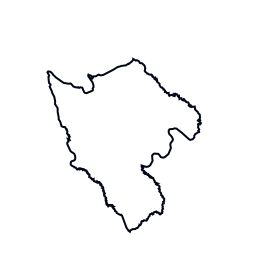 outline of Lumphat, Rôtânôkiri, Cambodia, rotated 328°
{"feature_id": "14789045B80217512950075", "entity_name": "Lumphat", "entity_type": "district", "adm_level": 2, "iso_a3": "KHM", "parent_name": "Cambodia", "parent_adm1": "Rôtânôkiri", "projection": "equal_earth", "projection_center": [107.076, 13.435], "detail": "fine", "context": "isolated", "style": "outline", "palette": "ink", "viewbox_px": 256, "rotation_deg": 328, "n_neighbors": 0, "source": "geoboundaries", "source_scale": "gbopen_adm2", "svg_char_len": 5848}
<svg xmlns="http://www.w3.org/2000/svg" viewBox="0 0 256 256"><g transform="rotate(328 128 128)"><path d="M186.2,169.1L186.4,168.6L186.2,167.5L187.7,166.9L187.7,164.5L188.9,163.3L189.3,162.0L189.9,161.9L191.2,163.1L192.4,162.5L192.4,161.8L191.1,158.8L191.9,158.5L192.7,159.8L193.3,159.8L193.5,158.1L194.5,157.5L195.6,155.4L195.9,154.5L195.4,152.9L195.7,151.6L194.7,148.1L196.0,145.2L194.0,144.2L193.0,142.9L192.8,143.6L192.0,142.9L191.4,141.0L191.6,140.9L192.3,141.6L192.8,141.5L192.0,140.5L192.6,139.6L192.5,138.0L191.1,136.9L191.2,135.6L190.2,134.6L190.9,133.9L190.9,133.3L190.7,133.0L189.8,133.6L189.0,133.4L188.6,132.1L189.1,131.2L188.2,130.4L187.2,130.5L187.5,130.0L187.3,128.5L187.8,128.6L188.4,127.5L187.2,126.9L187.4,125.5L187.0,125.3L186.6,124.2L185.7,123.7L185.9,124.7L184.9,124.8L184.8,125.5L184.4,125.7L183.4,124.6L183.4,123.6L182.9,123.6L182.4,122.9L180.1,122.6L180.1,122.1L180.6,121.4L180.3,120.1L180.9,119.7L179.4,118.9L179.4,117.7L178.4,117.0L179.2,116.1L179.0,115.2L179.1,114.5L178.4,114.1L178.7,113.4L178.5,111.8L177.9,111.6L177.4,110.6L177.5,108.3L178.2,107.2L177.1,104.1L177.6,103.3L177.5,102.3L178.0,102.7L178.3,101.8L177.4,101.9L177.7,100.6L176.9,101.2L176.4,100.3L176.8,98.9L176.1,97.9L176.5,97.2L176.0,96.5L176.4,95.8L176.2,95.1L175.1,94.6L174.1,93.5L173.6,92.3L173.1,92.1L173.0,90.8L172.5,89.8L172.4,88.5L174.3,86.5L175.1,83.8L174.3,80.8L173.9,80.2L172.8,79.6L172.5,79.0L172.7,77.7L172.0,76.0L171.0,74.9L170.3,74.9L169.0,72.2L168.3,73.0L167.1,73.5L162.6,74.1L162.4,73.7L159.3,73.7L155.4,71.9L151.1,70.8L146.5,70.8L135.4,69.9L132.7,68.9L131.2,67.1L128.1,67.1L125.3,65.5L124.9,66.7L124.0,67.1L123.7,66.0L124.0,65.7L124.3,63.9L123.5,62.9L122.6,63.2L122.5,62.0L121.9,62.5L121.8,64.0L122.1,70.5L121.4,73.3L120.4,75.1L119.0,75.7L118.4,77.2L117.6,77.5L111.3,76.5L110.0,75.2L109.8,74.4L110.6,69.6L109.1,68.2L107.7,68.0L107.3,66.9L106.4,66.8L104.8,65.4L103.6,63.7L103.2,60.4L102.9,59.9L100.7,58.7L97.3,55.6L93.6,46.8L92.7,43.2L92.7,41.4L92.0,39.2L90.3,37.7L89.2,38.1L88.9,41.8L87.8,42.3L87.7,42.9L87.2,43.3L85.6,46.4L84.9,48.2L85.4,49.9L85.1,50.5L83.5,51.4L82.8,57.0L82.3,58.1L82.0,62.5L80.4,66.7L78.8,69.0L78.8,74.0L76.8,77.2L75.0,81.9L73.8,84.0L73.9,86.7L72.6,91.2L73.5,92.7L75.1,93.9L75.0,95.3L75.4,96.6L75.3,96.9L74.8,97.0L74.8,98.9L73.3,100.4L73.6,101.1L73.7,102.5L74.1,102.4L74.3,102.9L74.1,103.3L73.6,103.2L73.6,103.8L73.3,104.0L73.8,104.5L72.3,105.8L72.2,106.8L71.3,105.7L71.3,107.0L70.7,106.9L70.4,107.9L68.9,108.1L68.0,109.3L67.0,116.9L67.4,118.4L68.6,120.9L68.7,122.0L68.3,123.7L67.5,125.4L66.5,126.6L65.3,127.0L63.0,126.4L61.8,126.5L60.7,127.5L60.0,128.9L60.5,130.5L61.7,132.3L61.6,133.0L62.6,133.7L62.9,136.3L64.1,136.3L64.4,136.8L64.7,136.2L65.3,136.3L65.9,136.9L65.8,137.4L66.1,137.9L66.5,137.7L66.5,138.1L67.7,138.6L67.5,139.7L68.6,139.6L68.7,140.3L69.0,140.2L69.2,140.6L69.0,140.9L69.2,141.6L69.7,141.6L69.8,142.1L70.1,142.2L69.7,143.6L70.2,143.6L70.2,144.6L69.7,144.9L69.7,145.6L69.9,146.4L70.4,146.4L70.6,147.4L69.1,149.0L69.9,150.0L69.8,150.4L70.4,151.4L70.2,152.0L70.6,152.3L70.5,152.8L71.5,153.0L71.0,153.4L71.4,154.3L70.9,155.0L72.2,156.7L72.4,156.4L72.9,156.5L72.4,157.1L72.7,157.6L72.9,157.2L73.4,157.2L73.6,157.4L73.5,158.0L74.0,158.0L74.1,158.4L74.4,158.1L75.1,158.7L75.0,159.0L75.2,160.1L74.5,161.1L75.5,161.4L75.5,162.1L74.7,162.9L75.0,163.4L75.0,164.0L75.4,164.3L75.4,165.4L75.1,165.8L74.6,165.7L74.9,166.2L74.7,166.8L73.5,167.9L73.6,168.4L73.9,168.0L74.2,168.4L73.6,169.1L73.8,169.3L73.7,170.6L73.4,170.4L72.9,171.6L72.5,171.5L71.9,173.2L72.3,173.6L72.2,174.7L72.5,175.5L72.1,176.3L71.6,176.2L71.5,177.0L70.9,177.2L71.1,178.0L70.6,178.0L70.3,178.6L70.6,179.2L70.0,179.9L70.3,180.5L70.0,181.1L69.5,180.8L69.2,181.7L69.7,182.1L69.7,182.9L70.0,182.6L70.1,183.6L71.0,183.2L71.2,183.6L71.1,183.9L71.9,183.8L72.3,184.9L73.0,184.4L73.9,185.1L74.0,186.1L73.6,186.0L73.2,186.5L73.8,187.0L73.1,187.0L72.9,187.8L73.5,189.0L73.1,189.3L73.4,189.9L73.4,190.7L73.0,191.5L73.4,191.9L73.8,193.2L73.4,193.8L73.6,194.5L75.0,197.0L75.9,198.2L76.2,198.1L76.5,199.2L73.9,211.5L74.0,215.4L74.6,217.0L75.7,216.0L77.0,216.3L78.1,216.1L80.7,217.6L82.1,217.3L82.9,217.8L84.6,217.3L85.2,216.8L86.2,216.7L86.5,216.2L86.9,216.8L87.3,216.8L89.1,215.6L89.4,214.8L90.3,214.3L91.6,215.1L92.6,214.7L94.6,216.4L96.0,215.8L96.0,215.3L96.8,215.4L98.7,214.1L99.9,214.0L100.7,212.9L101.0,212.9L102.4,213.2L102.9,213.7L103.1,214.4L103.6,214.3L103.7,213.6L104.2,214.1L104.5,213.6L105.7,213.2L106.8,213.8L107.7,213.7L107.9,214.0L107.8,215.1L108.4,215.1L108.7,215.4L108.8,216.1L109.2,216.3L109.0,217.1L109.4,218.3L110.1,218.3L110.2,217.9L110.6,217.9L112.0,218.2L112.4,217.7L112.3,217.4L112.9,217.2L113.1,216.1L114.1,215.1L114.9,215.1L115.2,213.6L116.0,213.0L116.1,211.7L117.5,210.5L118.4,210.9L118.9,210.2L118.8,209.2L119.9,209.1L121.3,207.0L120.6,205.0L121.2,204.7L121.3,204.0L121.2,203.6L120.8,203.4L120.5,202.6L121.0,202.0L121.5,200.3L121.0,198.4L121.7,198.0L122.5,196.9L122.5,196.4L121.8,196.3L121.9,195.6L122.8,195.6L123.8,194.2L123.3,192.3L122.1,191.2L121.9,190.3L122.4,189.7L123.3,190.1L122.0,188.2L122.6,186.9L122.4,186.4L122.8,183.6L122.3,183.1L121.9,182.0L121.7,182.9L120.6,181.7L120.3,180.3L120.7,178.1L119.7,178.2L119.3,177.1L118.4,176.3L118.8,176.0L119.7,176.4L119.7,175.8L119.1,174.8L117.8,175.0L117.6,174.4L119.0,173.8L118.9,173.1L117.7,171.5L117.6,170.8L117.9,170.3L119.3,170.3L119.9,169.9L119.8,169.3L119.2,168.8L119.0,168.2L119.7,167.0L122.9,170.7L125.0,171.5L127.0,171.4L131.3,169.0L133.8,164.2L135.0,163.7L136.7,163.6L139.9,165.9L140.3,167.3L140.4,170.1L142.1,171.8L144.2,172.2L148.5,171.5L153.7,167.8L155.0,164.6L156.0,163.5L159.2,162.3L160.0,161.5L160.4,159.9L160.5,158.5L159.8,154.9L159.9,154.1L161.0,151.9L162.5,151.1L165.9,152.7L167.4,153.0L168.8,154.2L171.1,160.5L173.9,170.2L174.5,171.1L177.1,171.8L179.2,171.1L180.1,169.7L181.5,168.9L185.1,168.8L186.2,169.1Z" fill="none" stroke="#020617" stroke-width="2"/></g></svg>